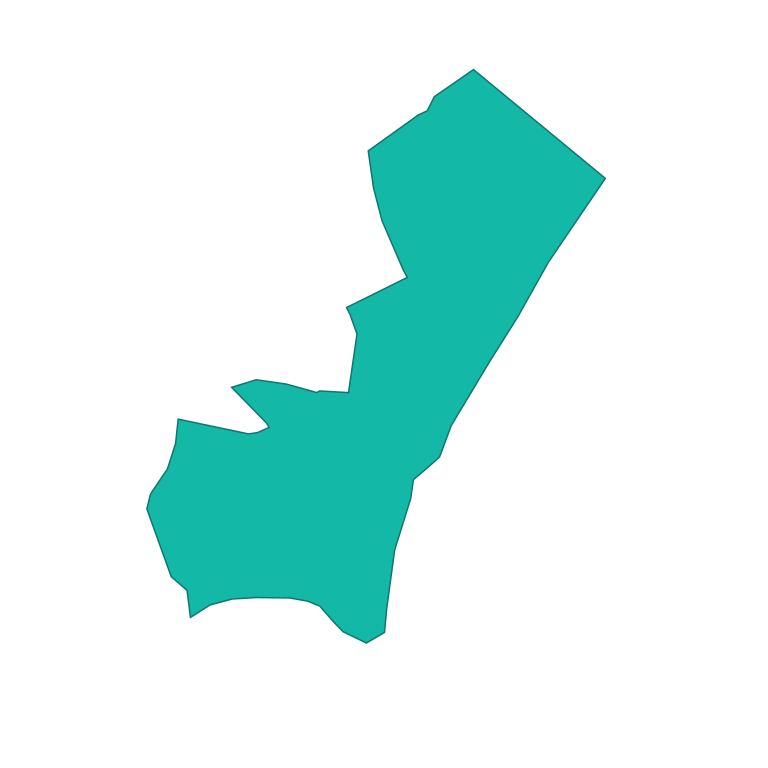 outline of Eastern Obolo, Akwa Ibom, Nigeria, rotated 315°
{"feature_id": "59680162B7891718144591", "entity_name": "Eastern Obolo", "entity_type": "district", "adm_level": 2, "iso_a3": "NGA", "parent_name": "Nigeria", "parent_adm1": "Akwa Ibom", "projection": "equal_earth", "projection_center": [7.662, 4.523], "detail": "fine", "context": "isolated", "style": "filled", "palette": "teal", "viewbox_px": 768, "rotation_deg": 315, "n_neighbors": 0, "source": "geoboundaries", "source_scale": "gbopen_adm2", "svg_char_len": 863}
<svg xmlns="http://www.w3.org/2000/svg" viewBox="0 0 768 768"><g transform="rotate(315 384 384)"><path d="M82.1,412.2L104.7,417.2L124.8,428.8L142.8,444.8L166.1,468.7L176.3,483.3L181.5,495.5L181.5,496.1L180.1,516.9L179.9,530.4L188.4,554.7L208.7,560.0L226.9,544.9L274.2,508.9L321.9,483.9L337.2,472.4L353.6,473.8L371.7,474.9L402.0,461.0L474.7,442.8L526.5,431.0L586.5,414.1L597.5,412.0L685.9,395.1L669.6,224.9L667.2,224.5L622.7,216.4L607.8,221.4L598.4,218.0L537.7,208.0L515.0,238.3L498.0,267.3L478.4,316.6L475.8,325.1L423.3,307.4L411.6,303.4L409.0,311.2L400.2,329.6L352.8,365.0L333.5,343.3L330.4,342.5L314.8,314.9L296.7,290.7L273.9,278.6L273.3,328.4L272.1,333.5L260.2,328.9L252.9,323.5L213.6,263.3L193.8,279.3L193.0,279.5L170.9,290.9L144.0,296.1L140.4,297.1L128.0,304.6L97.3,369.8L98.8,390.7L82.1,412.2Z" fill="#14b8a6" stroke="#0f766e" stroke-width="1.5"/></g></svg>